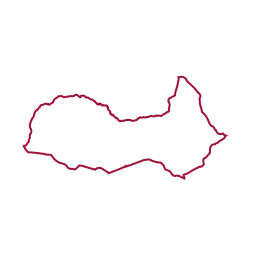 Saliste, Sibiu, Romania, rotated 31°
{"feature_id": "2599482B49493178649584", "entity_name": "Saliste", "entity_type": "district", "adm_level": 2, "iso_a3": "ROU", "parent_name": "Romania", "parent_adm1": "Sibiu", "projection": "mercator", "projection_center": [23.761, 45.54], "detail": "fine", "context": "isolated", "style": "outline", "palette": "rose", "viewbox_px": 256, "rotation_deg": 31, "n_neighbors": 0, "source": "geoboundaries", "source_scale": "gbopen_adm2", "svg_char_len": 5787}
<svg xmlns="http://www.w3.org/2000/svg" viewBox="0 0 256 256"><g transform="rotate(31 128 128)"><path d="M216.0,84.0L214.7,84.5L214.4,84.5L213.1,84.2L212.6,83.7L212.3,83.8L212.1,84.0L212.0,84.3L211.5,84.7L211.2,85.2L211.0,85.3L210.1,85.5L209.2,86.2L208.6,86.3L207.5,86.2L205.9,85.7L205.7,85.6L204.9,84.8L204.1,84.5L203.4,84.6L203.0,84.5L201.6,83.4L200.9,83.2L199.7,83.0L199.1,83.2L198.1,83.2L196.8,82.7L195.9,82.4L192.2,79.7L190.7,78.9L189.4,78.0L188.4,77.5L185.4,76.6L183.9,76.2L183.2,76.2L182.8,75.8L182.6,75.4L182.0,74.8L180.2,73.0L178.1,71.2L176.6,69.3L174.1,65.8L173.8,63.5L173.3,62.8L171.8,61.9L168.7,61.2L164.1,59.5L161.2,58.9L159.2,58.4L157.1,58.1L154.8,57.6L153.8,57.0L152.8,56.2L151.0,55.8L148.8,55.9L147.9,56.2L145.7,58.2L145.1,58.4L145.8,59.3L146.7,60.9L147.0,62.1L147.5,63.5L147.9,64.4L148.5,66.5L149.3,69.2L149.5,70.3L149.8,71.2L149.7,71.6L149.9,72.1L150.4,73.3L150.8,74.5L151.6,75.8L151.1,76.4L151.0,76.9L150.5,77.5L149.7,78.5L149.1,80.1L148.3,81.3L148.1,82.4L148.4,83.7L148.6,84.1L150.1,85.0L151.3,86.1L152.1,87.1L152.3,87.6L152.6,89.2L152.7,89.5L153.3,90.2L153.8,91.1L154.3,92.2L154.3,93.1L154.1,93.2L153.7,94.0L153.0,94.7L152.8,95.2L152.6,95.5L152.7,96.2L152.6,96.5L152.3,96.9L151.4,97.7L151.3,98.1L151.2,98.3L151.2,98.6L150.6,100.1L150.3,100.6L149.8,100.9L148.9,101.0L148.4,101.5L147.8,101.8L147.6,101.8L147.1,102.3L146.6,102.3L146.4,102.4L146.2,102.7L145.6,102.8L145.5,103.0L145.3,103.8L145.0,104.0L143.7,105.1L143.0,105.1L142.6,105.4L141.7,105.6L141.2,106.2L140.8,106.6L140.6,107.0L140.3,107.2L140.0,107.4L139.7,108.2L139.3,108.5L138.5,108.8L138.3,109.1L138.1,109.3L137.2,110.2L136.7,110.6L135.9,110.5L135.7,110.6L135.5,111.2L135.2,111.6L134.8,111.8L133.4,112.2L133.1,112.6L132.5,113.2L132.4,113.5L132.5,113.8L132.0,114.2L131.8,114.7L131.7,115.3L131.3,115.9L131.4,116.4L131.2,116.8L130.1,117.8L129.5,118.6L128.7,119.3L127.2,119.9L126.2,119.8L125.3,120.4L124.3,120.7L123.4,121.5L122.7,121.8L122.2,122.4L121.7,122.7L121.5,123.0L121.2,123.6L120.8,123.9L120.4,124.2L120.0,124.2L119.7,124.5L119.5,124.8L118.8,125.2L118.3,125.4L117.7,126.1L117.4,126.3L117.0,126.4L115.2,126.1L114.7,125.6L113.7,125.2L113.0,125.3L112.7,125.8L112.3,125.8L111.9,125.5L111.1,125.3L110.5,125.3L110.1,125.2L109.9,125.3L109.7,125.3L108.7,124.3L108.4,124.2L108.3,124.3L108.2,124.7L107.9,125.2L107.5,125.4L107.2,125.4L106.8,124.9L106.5,124.7L105.5,124.7L104.9,124.5L104.8,123.6L104.6,123.4L104.4,123.2L103.9,123.1L103.5,122.9L103.1,122.6L102.7,122.5L101.9,122.5L101.3,122.2L101.1,121.8L100.2,121.3L100.2,120.9L99.8,120.8L99.9,120.5L99.5,120.4L99.1,120.0L98.9,119.7L98.6,119.6L97.7,119.9L96.9,120.5L95.6,120.9L94.9,121.3L94.6,121.5L94.7,121.9L94.6,122.0L94.4,122.1L93.5,121.7L93.1,121.6L92.3,121.3L91.9,121.3L91.7,121.5L91.3,122.7L90.9,123.0L90.7,122.7L90.6,122.4L90.4,122.3L89.8,123.1L89.3,123.4L88.5,123.2L88.1,122.8L88.0,122.7L86.9,122.8L85.9,122.2L85.1,122.3L83.1,122.0L82.6,122.1L81.6,122.6L81.1,122.7L78.4,122.5L77.9,122.5L77.3,122.7L76.5,123.4L76.2,123.5L75.8,123.5L74.9,123.1L73.9,122.9L73.6,123.0L73.0,123.3L71.5,124.3L71.3,124.5L71.2,124.9L71.4,125.8L71.2,126.2L71.0,126.4L69.8,126.2L67.5,126.0L67.0,126.0L66.4,126.2L66.1,126.5L65.7,127.4L65.4,127.6L64.9,128.5L64.4,129.1L63.7,129.6L61.8,130.5L61.3,130.9L60.7,131.8L60.4,132.1L59.9,132.3L58.4,133.5L58.2,133.7L58.1,134.0L57.2,134.7L56.9,134.8L55.6,134.7L55.0,134.7L54.2,135.0L53.5,135.7L52.7,136.2L52.2,136.5L51.9,136.8L51.8,137.1L51.7,138.0L51.6,138.4L51.3,138.8L50.4,140.6L50.3,140.9L50.1,142.0L50.4,144.1L50.3,144.9L49.4,146.7L48.8,148.2L48.5,148.6L48.3,148.7L47.6,148.5L47.2,148.5L46.9,149.2L46.6,149.4L45.7,149.1L45.2,149.4L44.2,150.2L43.6,151.1L43.4,151.7L43.2,151.9L42.0,152.7L41.7,153.0L41.5,154.2L41.7,154.7L41.7,155.3L41.6,155.5L41.4,155.8L41.2,156.3L41.2,158.2L41.1,158.9L41.0,159.1L40.7,159.3L40.8,159.6L40.7,159.9L40.5,160.4L40.2,160.8L40.0,161.5L40.2,162.3L40.2,163.4L40.5,163.9L40.7,165.0L40.9,165.4L40.9,165.8L41.3,166.6L41.3,167.3L41.1,167.7L41.0,168.6L41.0,169.4L41.2,170.7L41.2,171.3L41.4,172.0L41.6,173.2L41.7,173.6L41.7,173.9L41.9,174.8L42.2,175.7L42.6,176.6L43.6,177.8L44.2,178.3L45.5,179.1L46.3,179.8L46.8,180.4L47.0,180.9L47.5,182.3L47.3,183.3L47.3,183.7L47.6,184.7L48.4,186.2L48.8,186.6L49.0,187.0L49.1,188.5L49.5,189.9L49.7,190.2L49.9,191.3L49.7,191.6L49.7,192.4L49.5,194.9L49.5,195.5L48.8,196.1L47.9,197.1L49.2,198.0L50.9,198.9L53.8,200.1L54.8,200.2L63.6,195.9L65.3,195.3L69.8,193.2L71.0,193.2L73.8,191.7L75.9,190.7L78.3,191.7L79.5,192.0L81.0,192.7L81.9,192.9L82.8,192.9L84.1,193.1L87.0,193.1L91.1,192.0L93.1,191.7L94.9,192.0L96.2,192.7L97.4,193.1L98.3,193.0L99.6,192.7L102.3,191.2L103.3,191.2L103.7,190.9L104.2,190.3L104.4,189.9L105.5,185.3L107.8,184.2L121.1,180.7L121.0,180.3L121.2,180.0L121.5,179.8L121.6,179.6L121.8,179.3L122.1,179.0L122.2,178.9L122.2,178.6L122.5,177.9L123.1,177.5L123.9,177.1L124.6,176.5L125.6,176.3L127.7,176.1L128.8,176.3L132.6,176.3L134.1,176.4L134.7,176.7L140.3,169.6L144.4,164.0L144.8,163.3L144.8,163.6L147.7,160.3L155.7,150.4L157.8,147.6L160.8,145.1L162.7,143.9L165.6,143.7L167.4,143.3L171.1,142.2L173.5,141.0L174.7,140.8L175.9,141.3L176.8,141.4L178.4,142.1L179.6,143.2L180.2,143.5L180.4,143.8L180.8,143.9L181.5,144.3L185.4,143.6L186.5,143.6L189.5,145.1L192.3,145.3L192.7,145.1L194.4,143.6L195.7,143.1L196.6,142.8L202.0,142.4L202.4,142.2L199.9,139.7L199.9,139.4L202.9,135.5L203.8,133.5L205.2,131.1L206.0,129.5L206.7,128.4L207.3,127.5L208.5,125.6L209.0,124.6L209.9,124.2L211.0,122.8L211.5,121.9L211.5,120.1L211.1,119.3L209.2,117.1L208.8,116.4L208.9,115.4L209.0,114.7L209.8,113.7L210.3,111.4L211.0,107.4L210.8,106.7L209.6,104.8L208.4,101.6L208.6,99.9L208.8,99.2L209.3,98.3L210.8,97.3L211.2,96.8L211.3,95.5L211.9,95.0L212.4,94.8L212.8,93.6L212.8,93.0L213.2,92.0L213.9,91.0L214.4,89.9L215.2,88.6L215.6,87.9L215.6,85.5L216.0,84.0Z" fill="none" stroke="#9f1239" stroke-width="2"/></g></svg>